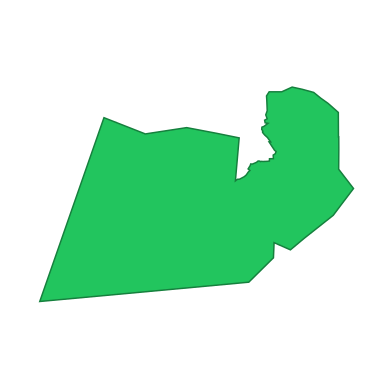 map outline of Tagant (Mercator projection), rotated 175°
{"feature_id": "MRT-2798", "entity_name": "Tagant", "entity_type": "Region", "adm_level": 1, "iso_a3": "MRT", "parent_name": "Mauritania", "parent_adm1": "", "projection": "mercator", "projection_center": [-11.398, 18.406], "detail": "fine", "context": "isolated", "style": "filled", "palette": "green", "viewbox_px": 384, "rotation_deg": 175, "n_neighbors": 0, "source": "natural_earth", "source_scale": "10m", "svg_char_len": 1112}
<svg xmlns="http://www.w3.org/2000/svg" viewBox="0 0 384 384"><g transform="rotate(175 192 192)"><path d="M114.7,134.4L115.0,131.7L116.6,119.3L118.0,118.2L143.3,97.2L144.8,97.2L353.2,96.2L273.4,273.3L273.2,273.7L234.2,254.3L233.7,253.9L191.7,256.6L162.3,248.3L140.3,241.8L147.8,199.3L145.6,200.7L143.6,200.6L138.6,202.7L136.4,204.3L134.2,207.0L132.4,208.4L134.1,210.1L131.7,213.3L131.1,214.8L129.2,214.6L125.2,215.9L123.5,217.1L121.9,216.9L121.3,216.3L120.5,216.5L118.6,216.2L114.2,216.0L112.2,216.1L111.9,218.4L108.0,218.1L107.9,221.7L105.7,222.9L104.7,225.0L106.2,226.4L106.5,227.1L108.2,230.2L110.9,235.2L109.3,235.1L111.5,238.6L111.9,239.5L114.5,242.3L115.8,244.1L116.5,245.3L116.5,245.9L116.1,246.4L117.1,248.3L116.7,250.5L114.6,251.1L112.4,252.5L110.3,253.8L113.1,254.5L113.4,257.2L110.7,258.4L111.8,262.4L110.0,266.4L109.5,276.5L109.4,281.2L106.4,285.1L93.9,284.0L83.1,287.8L73.2,284.7L62.1,280.6L55.5,274.2L48.7,268.4L39.3,258.5L41.3,234.1L41.0,234.1L42.0,222.0L43.9,201.9L30.8,181.4L45.4,165.3L53.3,156.5L84.4,136.0L99.0,125.8L114.7,134.4Z" fill="#22c55e" stroke="#15803d" stroke-width="1.5"/></g></svg>